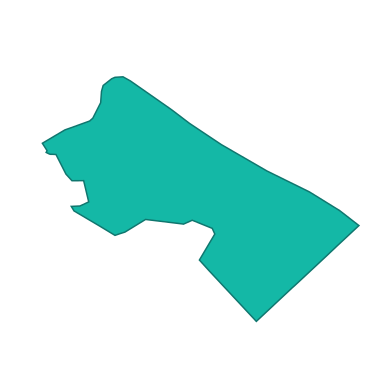 Virginia Beach, Virginia, United States of America (Equal Earth projection), rotated 317°
{"feature_id": "52423323B21015613646613", "entity_name": "Virginia Beach", "entity_type": "district", "adm_level": 2, "iso_a3": "USA", "parent_name": "United States of America", "parent_adm1": "Virginia", "projection": "equal_earth", "projection_center": [-76.052, 36.741], "detail": "fine", "context": "isolated", "style": "filled", "palette": "teal", "viewbox_px": 384, "rotation_deg": 317, "n_neighbors": 0, "source": "geoboundaries", "source_scale": "gbopen_adm2", "svg_char_len": 975}
<svg xmlns="http://www.w3.org/2000/svg" viewBox="0 0 384 384"><g transform="rotate(317 192 192)"><path d="M150.8,330.5L199.0,330.4L203.4,330.5L241.4,330.5L242.4,330.5L243.7,330.5L244.0,330.5L261.0,330.4L266.8,330.4L268.1,330.4L270.5,330.4L271.2,330.4L272.5,330.4L276.3,330.4L276.8,330.4L277.5,330.4L280.5,330.4L280.8,330.4L283.7,330.4L284.2,330.4L291.2,330.4L287.3,306.3L278.0,272.2L261.1,227.6L245.8,177.4L237.0,140.2L233.3,118.6L232.8,116.1L222.7,68.8L220.1,60.7L213.9,55.6L210.5,54.4L199.7,53.5L194.4,56.7L186.1,64.4L169.7,70.4L167.7,70.3L165.6,70.3L146.9,62.3L141.4,59.9L130.5,57.5L120.9,55.4L115.8,54.3L114.2,62.9L112.3,63.6L113.6,67.0L114.2,67.9L115.4,69.0L118.1,71.8L112.0,93.0L111.9,101.9L120.5,109.8L109.7,128.8L100.5,125.8L93.9,120.2L92.8,125.4L101.1,153.5L106.1,171.2L110.8,173.3L115.6,175.6L139.3,180.4L163.1,208.7L163.9,209.7L172.9,212.8L182.0,232.4L180.0,238.3L151.0,246.8L150.8,261.3L150.8,330.5Z" fill="#14b8a6" stroke="#0f766e" stroke-width="1.5"/></g></svg>